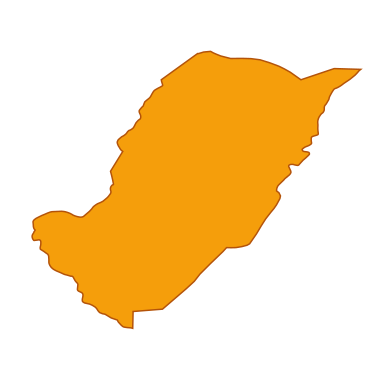 La Libertad, Francisco Morazán, Honduras, rotated 276°
{"feature_id": "27666195B53606089505662", "entity_name": "La Libertad", "entity_type": "district", "adm_level": 2, "iso_a3": "HND", "parent_name": "Honduras", "parent_adm1": "Francisco Morazán", "projection": "equal_earth", "projection_center": [-87.505, 13.705], "detail": "fine", "context": "isolated", "style": "filled", "palette": "amber", "viewbox_px": 384, "rotation_deg": 276, "n_neighbors": 0, "source": "geoboundaries", "source_scale": "gbopen_adm2", "svg_char_len": 5901}
<svg xmlns="http://www.w3.org/2000/svg" viewBox="0 0 384 384"><g transform="rotate(276 192 192)"><path d="M331.6,347.0L329.6,320.5L315.0,288.6L321.4,277.2L324.1,270.9L326.1,265.5L328.6,255.9L330.6,245.9L330.8,236.7L330.1,227.7L328.8,216.5L330.3,206.3L331.7,201.4L332.6,198.6L333.8,195.8L332.4,188.9L330.3,183.9L330.3,183.1L300.4,149.7L298.8,150.2L295.7,151.5L295.1,151.7L294.8,151.6L294.2,151.1L293.7,150.4L292.9,149.3L291.7,147.4L290.9,146.3L289.8,144.8L289.2,144.1L288.6,143.6L287.8,143.1L287.0,142.7L285.0,141.8L282.8,140.9L282.2,140.6L281.4,140.1L280.8,139.6L278.2,137.0L277.1,136.0L276.8,135.7L276.6,135.6L274.6,135.0L272.9,134.6L272.3,134.4L272.0,134.1L271.1,133.3L270.4,132.8L268.9,131.8L267.9,131.2L267.3,131.0L266.8,131.0L265.9,131.2L264.9,131.7L263.4,132.6L262.7,132.9L261.9,133.1L261.2,133.2L260.6,133.2L260.0,133.1L259.5,132.9L259.1,132.7L258.8,132.3L258.1,131.5L257.6,131.0L256.4,130.1L255.1,129.2L254.5,128.9L252.9,128.3L251.1,127.6L250.0,127.1L249.4,126.7L248.4,125.7L247.5,124.6L247.1,124.0L246.7,123.0L246.3,122.6L245.9,122.2L245.2,121.6L244.4,121.2L243.2,120.5L242.5,119.9L241.7,119.1L240.9,118.2L240.4,117.5L239.8,116.6L239.4,116.1L237.2,114.0L236.5,113.4L236.1,113.1L235.3,112.8L234.7,112.6L234.3,112.5L233.8,112.4L233.3,112.5L232.9,112.6L232.3,112.8L231.7,113.1L230.2,113.9L229.6,114.4L227.1,116.3L226.7,116.6L226.2,117.2L225.1,118.9L204.1,108.8L199.6,110.5L195.8,111.8L191.9,113.0L191.6,113.1L191.3,113.0L191.1,112.9L190.9,112.6L190.7,112.1L190.3,111.7L189.2,111.0L188.5,110.7L187.5,110.5L186.5,110.5L185.7,110.7L185.3,110.8L184.6,111.1L184.1,111.3L183.3,111.4L182.6,111.3L181.9,111.1L181.0,110.6L179.0,109.4L177.9,108.6L177.2,108.0L174.9,105.8L174.0,104.9L173.5,104.4L172.7,103.2L172.1,102.3L171.0,100.3L170.4,99.2L169.1,97.6L168.1,96.5L167.4,95.8L166.8,95.3L166.2,94.9L165.1,94.3L164.5,93.9L162.5,92.4L161.9,91.9L156.5,86.8L156.1,86.3L155.8,85.7L155.6,85.1L155.5,84.6L155.4,84.0L155.3,83.5L155.4,81.8L155.5,80.9L155.6,80.1L156.0,78.1L156.4,76.7L156.7,75.9L157.3,74.7L157.6,73.9L158.0,72.9L158.3,71.8L158.6,70.7L158.9,69.2L159.1,67.9L159.2,66.8L159.2,65.4L159.2,64.3L157.9,55.6L157.8,54.8L157.5,54.0L157.3,53.2L156.9,52.5L156.0,50.6L154.5,48.0L153.0,45.2L151.2,42.3L149.5,39.7L149.0,39.2L148.5,38.6L148.0,38.1L147.5,37.7L147.1,37.4L146.5,37.2L146.2,37.1L145.7,37.0L143.8,37.4L140.9,37.9L139.8,38.3L138.9,38.8L138.4,39.2L137.7,40.0L136.8,39.6L136.1,39.1L135.6,39.0L134.9,38.8L133.1,37.9L132.4,37.7L131.6,37.6L130.7,37.7L130.0,37.9L129.3,38.2L128.7,38.5L128.1,39.0L127.5,39.5L127.4,39.7L127.3,39.9L127.3,40.2L127.5,40.9L128.1,43.5L128.4,44.5L128.4,45.1L128.4,45.5L128.1,46.0L127.9,46.3L127.4,46.6L126.9,46.8L125.6,47.0L123.7,47.1L121.9,46.9L121.1,46.8L120.2,46.9L119.4,47.1L119.2,47.3L119.0,47.6L118.1,49.5L117.3,51.1L116.2,52.9L115.3,54.6L115.0,55.1L114.7,55.3L114.1,55.7L113.5,56.0L112.9,56.2L112.2,56.3L110.0,56.7L107.1,57.0L106.0,57.3L105.2,57.7L104.2,58.3L103.3,59.0L102.4,59.8L101.7,60.7L101.2,61.4L100.6,62.4L99.9,64.0L99.3,65.6L98.0,69.9L96.9,73.1L96.6,74.3L96.4,75.9L96.2,77.1L95.7,79.7L95.6,80.3L95.7,81.0L95.7,81.4L95.6,81.8L95.4,82.2L95.1,82.5L94.7,82.9L93.2,83.9L91.5,85.1L90.4,86.2L89.4,87.4L88.9,87.8L88.4,88.1L87.8,88.2L83.5,88.2L82.8,88.3L82.3,88.6L81.9,89.0L81.5,89.7L81.2,90.5L80.7,92.0L80.4,92.8L80.1,93.2L79.8,93.5L79.5,93.8L79.2,94.0L78.7,94.2L78.4,94.3L77.1,94.4L76.0,94.3L73.9,94.1L72.8,94.2L72.4,94.3L72.0,94.4L71.7,94.6L71.4,94.9L71.2,95.2L70.9,95.7L70.4,96.9L70.2,98.7L69.9,101.2L69.9,101.7L69.7,102.3L69.0,104.5L68.5,105.6L68.1,106.4L67.4,107.8L66.6,108.8L65.8,109.6L64.5,110.6L63.6,111.4L62.9,112.2L62.6,112.6L62.3,113.1L62.0,114.3L61.6,115.6L61.5,116.6L61.4,118.0L61.2,118.6L60.8,119.5L58.3,124.8L56.9,130.9L56.7,131.2L56.5,131.4L55.7,131.8L54.9,132.4L53.4,134.1L52.4,135.2L51.8,136.0L51.2,136.9L50.8,137.6L50.6,138.4L50.5,139.4L50.4,141.6L50.5,145.4L50.4,146.3L50.2,147.3L67.0,145.9L72.4,174.9L95.0,196.2L103.4,203.6L111.2,208.5L122.7,217.8L136.0,229.0L140.3,232.2L140.7,236.9L141.3,241.5L142.9,247.3L144.8,252.3L146.5,254.7L157.1,260.5L165.8,264.5L173.0,268.1L179.9,272.4L184.1,275.2L188.1,277.4L194.6,280.1L197.4,280.4L200.4,278.5L201.9,276.0L203.3,275.9L204.6,276.0L205.4,276.2L206.3,276.5L207.1,276.8L208.0,277.4L211.4,280.2L213.4,281.9L214.9,282.9L218.9,286.8L219.4,287.2L220.1,287.7L221.0,288.1L221.5,288.3L221.9,288.3L222.2,288.3L222.5,288.2L223.2,288.0L223.9,287.6L227.3,285.6L227.6,285.5L228.0,285.4L228.3,285.5L228.6,285.6L229.1,286.0L229.4,286.5L229.8,287.6L229.9,288.5L230.0,289.3L230.0,289.7L229.9,290.2L229.7,291.2L229.5,293.4L229.5,294.1L229.5,294.4L229.6,294.7L229.8,295.0L230.2,295.5L231.1,296.1L235.1,299.0L237.7,301.5L239.0,302.6L240.5,303.9L241.6,304.7L241.9,304.8L242.2,304.8L242.7,304.7L243.0,304.6L243.2,304.4L243.6,304.0L243.7,303.6L243.9,302.6L244.0,299.1L244.1,298.6L244.4,298.0L244.8,297.6L245.4,297.2L245.7,297.1L245.9,297.1L246.3,297.3L246.8,297.8L247.5,298.5L248.1,299.2L248.6,299.9L249.0,300.6L249.9,302.4L250.6,303.6L251.1,304.2L251.6,304.9L251.9,305.2L252.4,305.6L252.9,305.8L253.3,305.8L255.1,305.3L257.0,305.0L257.7,305.0L258.6,305.0L258.9,305.2L259.2,305.3L259.4,305.6L259.8,306.0L260.3,307.1L260.7,308.0L261.3,309.5L261.7,310.4L262.2,311.2L262.5,311.4L263.0,311.5L263.7,311.4L266.3,310.8L268.1,310.5L269.2,310.4L270.7,310.3L271.9,310.2L274.1,309.8L275.0,309.7L276.2,309.7L277.5,309.9L278.8,310.2L279.7,310.5L280.5,310.9L281.5,311.4L282.6,312.0L283.1,312.4L283.6,312.8L284.4,313.7L284.8,314.0L285.3,314.3L285.9,314.5L286.5,314.8L287.2,314.9L288.1,314.9L289.1,314.8L289.7,314.7L290.8,314.8L291.5,314.9L292.2,315.3L293.2,316.0L293.7,316.3L298.1,318.3L298.8,318.5L300.1,318.6L301.3,318.9L304.3,320.1L305.9,320.8L308.1,321.9L308.9,322.4L309.3,322.7L309.6,323.1L309.8,323.4L310.5,324.9L311.3,326.2L312.3,327.6L312.9,328.4L314.0,329.7L316.0,331.8L318.9,335.3L320.6,337.3L323.5,340.2L325.2,341.9L327.1,343.4L328.2,344.2L329.7,345.2L330.6,346.0L331.6,347.0Z" fill="#f59e0b" stroke="#b45309" stroke-width="1.5"/></g></svg>